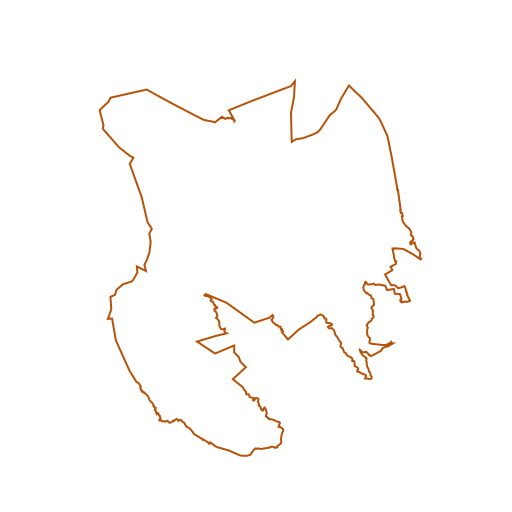 outline of Cuernavaca, Morelos, Mexico, rotated 345°
{"feature_id": "50627088B36479670191583", "entity_name": "Cuernavaca", "entity_type": "district", "adm_level": 2, "iso_a3": "MEX", "parent_name": "Mexico", "parent_adm1": "Morelos", "projection": "orthographic", "projection_center": [-99.236, 18.933], "detail": "fine", "context": "isolated", "style": "outline", "palette": "amber", "viewbox_px": 512, "rotation_deg": 345, "n_neighbors": 0, "source": "geoboundaries", "source_scale": "gbopen_adm2", "svg_char_len": 6153}
<svg xmlns="http://www.w3.org/2000/svg" viewBox="0 0 512 512"><g transform="rotate(345 256 256)"><path d="M96.7,278.4L100.8,279.2L98.8,301.2L104.2,334.4L108.0,346.8L109.8,348.6L110.5,350.7L110.9,352.4L110.3,352.6L110.2,354.3L110.5,355.2L110.2,355.6L110.3,356.3L110.8,357.4L111.2,357.0L112.5,359.2L113.0,359.1L113.3,360.2L114.9,362.6L115.4,363.8L116.0,368.0L117.7,371.0L118.2,372.5L118.6,374.4L118.2,374.5L118.9,376.1L119.8,376.6L119.6,377.4L118.5,378.2L119.4,380.9L119.0,380.9L119.3,383.2L120.9,382.9L120.8,384.1L121.5,384.8L121.7,385.6L121.4,386.4L121.9,387.3L121.4,388.4L120.3,389.1L120.2,389.8L121.7,389.6L122.2,391.2L124.6,391.9L125.4,392.5L127.9,392.3L129.0,394.4L130.2,394.9L133.6,393.7L133.7,394.2L135.2,393.4L137.2,392.9L138.4,395.2L140.1,394.5L141.3,395.1L142.0,397.1L143.5,398.5L144.5,402.6L146.9,405.0L148.4,407.3L150.0,411.8L155.8,418.0L156.1,418.0L157.2,420.0L157.8,419.8L159.0,420.9L161.1,423.4L162.1,424.8L162.4,426.0L162.6,424.9L163.5,424.2L164.2,424.8L164.0,425.1L166.0,427.0L166.8,428.5L169.2,430.7L179.4,436.8L189.1,444.6L194.8,446.5L199.0,446.6L203.5,442.7L205.7,441.7L206.7,442.4L207.4,442.2L211.1,443.7L219.5,444.6L220.1,444.2L222.1,444.3L224.6,445.7L223.7,446.1L225.3,446.0L225.9,446.4L227.0,446.3L227.1,445.4L231.3,443.6L232.0,442.8L232.5,441.5L232.5,439.8L234.8,434.7L237.1,431.7L237.3,430.1L234.5,426.7L233.9,427.1L233.5,426.8L235.9,423.4L235.7,422.7L232.9,420.9L229.9,418.3L227.3,417.3L226.0,416.4L225.6,415.8L225.9,415.5L224.2,413.6L224.3,412.8L225.8,410.5L225.8,407.1L225.2,404.7L223.6,405.3L223.1,407.0L222.3,407.0L221.3,405.6L221.2,402.7L219.9,401.1L220.6,400.1L220.1,397.3L221.3,395.2L221.2,394.3L219.3,393.1L216.6,395.1L215.8,394.5L217.0,392.7L213.4,390.6L213.3,388.4L213.0,387.6L211.8,387.5L210.7,386.5L211.2,384.8L209.6,381.4L209.3,379.3L201.7,369.0L217.4,360.8L213.6,354.2L213.2,349.2L210.0,343.4L211.8,336.8L191.2,339.6L176.9,323.4L196.0,322.8L207.7,323.1L206.4,321.8L206.0,320.8L206.3,319.5L207.2,318.8L207.2,318.0L204.7,318.2L203.4,317.6L203.0,316.4L202.5,313.6L203.2,311.7L203.4,309.5L202.7,307.3L201.4,305.3L202.9,304.5L203.2,303.0L203.2,300.2L201.7,298.1L202.1,296.3L204.0,296.5L205.2,296.0L205.0,294.8L203.8,294.5L203.4,293.6L203.6,292.5L202.8,292.0L202.7,289.2L201.0,288.1L200.7,287.1L202.0,286.3L201.9,285.5L200.3,283.4L198.5,282.1L196.8,281.4L196.1,280.6L197.2,279.8L198.0,280.0L215.5,293.6L237.1,320.0L253.3,319.0L256.6,317.3L257.1,318.6L256.9,319.2L256.1,320.4L254.5,321.7L254.9,322.1L254.9,324.2L256.9,326.4L257.6,327.9L258.8,328.3L259.6,330.0L261.5,330.8L261.0,332.3L262.1,333.3L261.3,333.9L262.4,335.0L262.5,335.8L261.3,336.2L265.3,344.9L278.1,338.2L291.4,333.9L299.0,330.6L299.8,329.6L303.3,329.3L303.9,329.6L305.8,331.6L305.9,333.9L306.1,334.2L307.4,334.5L307.6,335.5L306.6,338.3L306.8,338.8L310.4,340.2L311.3,340.9L311.6,341.7L311.4,342.4L307.6,342.7L307.1,343.4L307.8,344.8L310.7,345.4L311.9,347.6L312.3,349.1L312.1,352.1L312.4,353.3L313.3,354.6L314.4,359.0L315.7,362.2L314.2,364.8L314.3,365.8L315.9,367.6L316.2,371.7L318.0,373.6L318.0,375.4L321.9,378.9L322.5,380.6L321.8,381.9L321.9,382.5L323.2,382.6L323.7,383.3L322.9,387.9L325.2,390.0L325.5,391.3L325.1,392.3L324.0,393.0L324.0,393.9L326.0,395.0L327.6,396.8L331.1,399.2L331.3,400.5L330.1,401.6L329.7,402.5L334.2,404.3L335.5,404.3L336.3,403.6L336.4,402.5L335.8,401.1L336.0,398.5L335.1,396.4L335.5,395.0L334.8,391.7L335.0,388.8L335.5,387.1L335.3,385.4L336.1,384.2L336.2,382.9L333.3,379.5L332.1,375.9L332.1,373.6L332.7,374.2L333.0,375.6L334.0,376.4L335.9,377.1L337.3,376.9L337.8,377.2L339.4,380.2L340.0,380.5L339.8,381.4L340.9,382.2L341.7,382.4L352.1,380.0L354.1,378.1L355.7,377.4L359.9,377.4L365.5,375.9L364.8,375.7L364.4,373.9L363.2,374.6L359.1,375.6L354.8,374.6L344.6,370.5L343.3,369.7L343.2,368.5L344.9,365.3L343.4,362.4L343.1,360.5L344.1,356.5L345.4,354.1L344.9,351.4L348.0,349.1L350.4,348.4L351.8,346.6L353.8,345.3L354.0,344.1L353.6,343.6L353.5,342.6L354.1,341.6L354.3,340.2L354.9,339.3L354.0,336.0L354.8,334.9L357.3,333.8L357.8,332.7L357.6,331.7L358.3,328.1L356.6,326.4L356.9,325.4L356.8,324.0L355.1,322.6L354.0,320.6L353.0,320.7L352.5,320.0L352.5,319.2L352.0,318.5L351.3,316.9L351.4,314.3L352.7,312.2L354.0,311.1L354.6,310.2L354.5,309.8L355.2,309.3L355.7,309.7L355.7,310.9L356.9,312.6L360.9,313.3L362.8,313.2L363.6,314.8L367.8,315.5L373.3,318.3L373.7,322.8L380.6,323.5L380.4,328.4L385.2,330.0L385.5,335.0L385.0,335.5L384.2,335.4L383.9,336.8L383.9,337.5L385.0,337.7L385.0,338.6L388.6,338.6L389.4,339.3L392.9,339.4L393.2,339.1L391.9,332.9L392.3,332.4L392.0,330.6L392.2,329.4L391.7,329.1L392.0,327.3L391.7,323.7L390.7,323.5L389.6,323.9L385.0,323.9L383.2,321.0L382.1,320.0L378.9,319.2L375.9,307.2L383.9,305.1L384.1,304.9L383.2,301.2L388.8,300.0L390.0,297.6L389.1,297.3L388.9,294.0L389.3,291.4L389.8,284.2L391.6,284.8L391.7,284.4L399.9,287.2L407.6,294.4L414.1,301.9L414.9,301.4L413.5,299.8L415.3,296.5L415.1,293.4L414.8,292.6L413.6,291.3L412.8,289.3L412.7,284.0L408.3,284.7L408.3,283.3L409.2,283.2L409.2,282.1L411.6,281.7L412.1,280.2L412.6,280.2L412.6,279.2L412.3,277.3L411.4,276.6L411.0,275.5L412.0,274.0L412.1,272.9L411.6,270.8L410.7,268.4L409.5,267.2L408.4,265.2L406.7,260.8L407.1,255.5L408.0,255.5L408.2,252.3L407.0,252.0L407.2,248.9L407.7,249.0L410.2,228.7L409.6,228.6L410.2,224.6L412.8,194.0L414.0,174.4L411.4,158.6L410.3,154.3L399.1,130.5L394.3,122.9L390.0,115.3L378.6,126.3L371.6,135.1L369.8,136.3L363.8,139.0L351.0,150.2L347.4,152.4L342.8,153.3L331.5,154.4L325.0,153.5L320.2,155.0L320.9,151.3L326.9,126.6L333.8,112.5L338.8,97.3L333.8,100.9L294.2,104.9L267.5,108.2L270.4,119.8L270.3,120.3L270.1,120.4L270.3,119.8L269.3,118.4L269.4,117.4L268.1,117.2L267.7,116.0L265.2,116.0L265.1,115.6L264.1,115.1L262.4,115.5L261.5,115.4L260.1,113.7L259.4,114.1L258.6,113.8L258.7,112.9L250.9,116.3L249.9,115.5L240.7,111.0L214.1,86.7L193.4,66.9L156.5,65.4L153.2,69.1L147.2,72.1L143.1,74.5L142.7,75.2L142.5,90.3L140.9,93.3L151.9,115.7L159.7,126.1L163.0,129.4L157.9,134.3L160.8,169.6L160.0,195.3L162.4,202.8L158.7,206.8L157.9,215.2L153.9,225.1L149.6,231.5L146.0,235.5L145.8,242.0L138.2,235.3L137.1,241.4L131.1,247.4L129.4,248.4L120.2,248.9L112.6,252.5L109.7,257.0L104.8,257.8L102.4,270.1L96.7,278.4Z" fill="none" stroke="#b45309" stroke-width="2"/></g></svg>